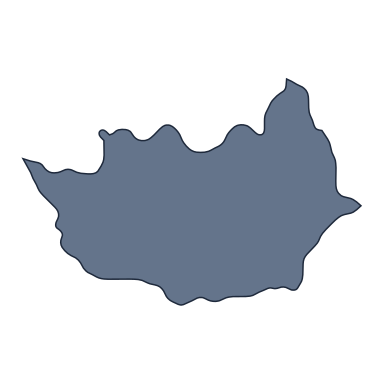 Esperalvillo, Monte Plata, Dominican Republic (orthographic projection)
{"feature_id": "3306468B42523335746622", "entity_name": "Esperalvillo", "entity_type": "district", "adm_level": 2, "iso_a3": "DOM", "parent_name": "Dominican Republic", "parent_adm1": "Monte Plata", "projection": "orthographic", "projection_center": [-70.059, 18.855], "detail": "fine", "context": "isolated", "style": "filled", "palette": "slate", "viewbox_px": 384, "rotation_deg": 0, "n_neighbors": 0, "source": "geoboundaries", "source_scale": "gbopen_adm2", "svg_char_len": 3573}
<svg xmlns="http://www.w3.org/2000/svg" viewBox="0 0 384 384"><path d="M361.0,205.8L356.7,202.0L353.2,199.6L350.8,198.5L343.5,196.7L341.2,195.7L340.3,194.9L338.5,193.2L337.2,191.2L336.3,188.5L335.9,185.6L335.8,181.2L336.0,167.7L335.7,163.2L335.3,160.4L334.4,157.8L331.9,152.4L330.1,144.9L329.3,142.4L327.6,139.1L321.9,130.5L318.9,130.0L316.9,129.3L316.0,128.7L315.1,127.7L314.0,125.4L312.4,120.3L310.0,114.9L309.2,112.3L308.7,108.0L308.5,99.4L308.3,96.5L307.7,93.8L307.2,92.5L306.0,90.4L304.3,88.6L302.4,87.1L296.8,84.4L291.5,81.3L286.6,79.0L286.1,85.7L285.6,88.1L285.1,89.2L284.5,90.1L283.7,91.0L280.0,93.5L276.9,95.9L274.0,98.8L272.2,100.8L270.7,103.1L268.5,107.7L265.8,113.1L265.0,115.6L264.6,118.2L264.5,120.9L264.5,128.7L264.3,130.9L263.6,133.0L262.8,133.9L261.8,134.6L260.6,134.8L259.5,134.8L258.4,134.6L257.3,134.1L255.4,132.7L250.6,128.2L248.5,126.6L247.3,125.9L246.1,125.5L243.5,124.9L240.8,124.8L238.2,125.2L236.9,125.6L234.5,126.9L232.4,128.7L230.5,130.6L228.7,132.7L227.2,134.9L225.0,139.5L223.8,141.7L222.3,143.5L220.5,145.1L218.4,146.4L215.0,148.0L210.8,150.3L208.6,151.3L204.7,152.2L200.7,152.4L196.6,152.2L194.0,151.6L191.5,150.5L189.3,149.0L186.3,146.1L183.7,142.8L182.3,140.5L179.7,134.6L178.2,132.3L176.5,130.2L174.6,128.3L172.5,126.6L170.1,125.4L168.8,125.1L166.2,125.1L164.9,125.4L162.6,126.6L159.7,129.1L154.1,134.9L151.1,137.6L149.0,139.1L147.8,139.7L145.2,140.5L143.9,140.6L141.3,140.6L138.7,140.0L137.5,139.5L135.5,138.2L133.9,136.6L130.8,132.1L130.0,131.3L128.0,130.2L125.7,129.6L122.0,129.4L118.4,129.9L116.3,130.8L113.4,133.3L112.5,133.8L109.5,134.9L106.2,131.7L104.5,130.5L103.4,130.1L102.3,130.0L101.1,130.3L100.1,131.0L99.3,132.1L99.1,133.2L99.2,134.3L99.5,135.4L100.7,137.2L103.9,140.5L104.1,155.2L103.7,159.5L103.0,162.2L101.1,166.1L97.8,171.3L95.9,172.8L93.4,173.6L90.8,173.9L88.0,173.9L80.9,173.3L76.8,172.3L71.7,170.0L70.4,169.6L68.0,169.3L65.6,169.6L64.3,170.1L60.6,171.7L58.0,172.5L54.2,172.9L51.7,172.7L49.3,172.0L46.9,170.5L44.9,168.6L42.2,165.0L40.4,163.6L38.2,162.7L30.3,161.0L23.0,158.7L30.7,172.6L33.0,178.4L36.5,184.8L38.0,188.3L39.2,190.6L40.7,192.7L43.4,195.7L54.9,207.2L56.6,209.2L57.9,211.4L58.6,213.9L58.6,216.4L57.9,218.6L56.1,222.4L55.7,224.4L55.7,225.5L55.9,226.5L56.4,227.4L57.0,228.1L59.3,229.8L60.7,231.1L61.8,232.7L62.2,233.6L62.4,234.6L62.4,235.5L60.9,240.2L60.7,242.5L61.1,245.0L62.2,247.4L64.7,250.6L67.7,253.4L71.1,255.6L75.6,257.8L78.4,260.1L80.6,262.9L83.5,268.2L85.9,270.9L87.8,272.4L92.3,274.6L96.5,276.9L98.8,277.9L101.4,278.6L104.1,279.0L108.4,279.2L129.8,279.1L134.0,279.2L138.2,279.5L142.2,280.4L147.6,282.9L150.0,283.8L154.9,284.9L157.4,285.6L159.6,286.7L160.6,287.5L162.3,289.2L163.7,291.1L166.4,296.5L167.9,298.4L169.7,300.0L170.7,300.7L172.9,301.9L178.1,304.3L180.2,304.9L181.3,305.0L183.4,304.6L191.9,300.8L197.1,298.1L199.4,297.5L201.9,297.5L203.1,297.7L205.2,298.6L208.3,300.1L210.6,300.9L213.1,301.3L215.7,301.4L218.3,301.0L219.5,300.7L226.0,297.8L228.7,297.1L232.9,296.6L245.8,296.5L250.1,296.1L252.8,295.4L255.0,294.3L259.2,292.1L263.8,290.2L267.8,288.4L269.8,287.9L270.8,287.9L274.4,288.6L275.4,288.6L277.3,288.3L281.3,287.1L283.6,287.0L285.9,287.4L290.7,289.6L291.7,290.0L294.0,290.1L295.1,289.9L296.1,289.5L297.0,288.8L297.7,287.9L300.5,283.2L301.6,281.1L302.3,278.7L302.8,274.7L303.1,263.8L303.4,261.1L304.1,258.6L305.3,256.4L306.8,254.4L314.7,246.1L317.2,243.2L318.5,241.1L320.5,236.5L322.5,233.4L325.9,229.5L331.4,223.9L335.3,220.1L338.6,217.4L340.9,215.9L342.2,215.3L344.6,214.5L350.9,213.1L353.3,212.1L356.7,209.7L361.0,205.8Z" fill="#64748b" stroke="#1e293b" stroke-width="1.5"/></svg>